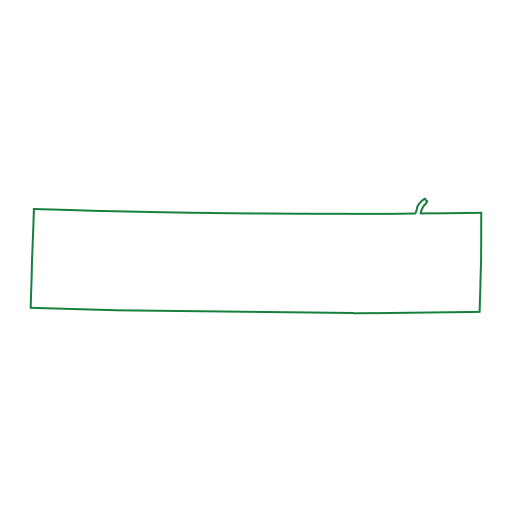 outline of Halfa, Northern, Sudan
{"feature_id": "16777658B39778167930026", "entity_name": "Halfa", "entity_type": "district", "adm_level": 2, "iso_a3": "SDN", "parent_name": "Sudan", "parent_adm1": "Northern", "projection": "orthographic", "projection_center": [30.005, 21.349], "detail": "fine", "context": "isolated", "style": "outline", "palette": "green", "viewbox_px": 512, "rotation_deg": 0, "n_neighbors": 0, "source": "geoboundaries", "source_scale": "gbopen_adm2", "svg_char_len": 1087}
<svg xmlns="http://www.w3.org/2000/svg" viewBox="0 0 512 512"><path d="M481.3,212.8L442.0,213.3L439.1,213.3L438.9,213.3L420.8,213.4L421.1,211.2L421.7,209.8L422.3,208.4L422.4,208.2L423.6,206.0L423.7,205.9L426.0,203.6L427.2,201.2L425.9,200.3L425.4,199.1L424.7,198.7L421.6,201.0L421.2,201.4L421.0,201.6L419.1,203.8L418.9,204.1L418.8,204.3L417.3,206.7L416.7,209.8L415.4,213.4L414.6,213.5L389.9,213.9L389.7,213.9L365.0,213.9L340.5,213.8L316.5,213.8L316.2,213.8L291.9,213.7L267.7,213.5L243.4,213.4L219.2,213.1L210.5,213.0L206.9,212.9L195.0,212.8L170.3,212.4L145.7,211.9L121.1,211.4L96.7,210.9L72.6,210.1L48.5,209.4L43.2,209.3L37.7,209.1L33.9,209.0L33.4,225.3L32.7,243.0L32.0,261.0L31.6,278.7L31.0,296.3L30.7,307.8L118.1,310.3L353.0,313.0L354.5,313.3L355.1,313.3L355.3,313.3L361.1,313.2L381.2,313.1L477.4,311.9L479.6,311.8L480.1,295.8L480.4,285.9L480.5,279.9L481.1,259.8L481.1,257.9L481.1,257.3L481.1,256.4L481.1,255.8L481.2,243.6L481.2,232.6L481.2,231.9L481.2,222.4L481.2,218.9L481.2,218.7L481.2,218.1L481.3,214.0L481.3,212.9L481.3,212.8Z" fill="none" stroke="#15803d" stroke-width="2"/></svg>